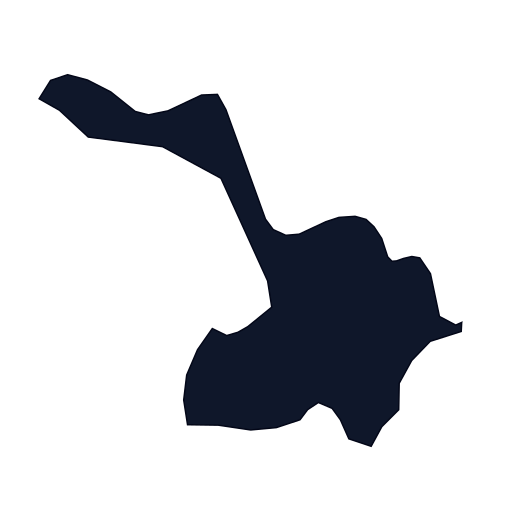 the District of Taraclia, rotated 263°
{"feature_id": "MDA-1625", "entity_name": "Taraclia", "entity_type": "District", "adm_level": 1, "iso_a3": "MDA", "parent_name": "Moldova", "parent_adm1": "", "projection": "robinson", "projection_center": [28.676, 45.978], "detail": "fine", "context": "isolated", "style": "filled", "palette": "ink", "viewbox_px": 512, "rotation_deg": 263, "n_neighbors": 0, "source": "natural_earth", "source_scale": "10m", "svg_char_len": 910}
<svg xmlns="http://www.w3.org/2000/svg" viewBox="0 0 512 512"><g transform="rotate(263 256 256)"><path d="M438.5,59.9L455.3,73.5L458.9,91.1L451.2,110.2L436.5,131.9L414.2,153.7L409.2,166.4L410.8,186.3L422.4,221.6L421.1,237.4L404.9,244.0L291.4,269.9L280.1,276.3L272.9,288.1L272.4,301.5L281.5,329.5L284.2,343.0L283.3,359.2L278.9,369.7L270.6,376.7L258.1,382.9L239.1,386.6L234.2,390.3L234.0,394.9L235.6,402.2L236.5,410.6L234.2,418.3L217.2,427.0L173.6,430.7L163.1,445.8L165.0,452.1L164.7,452.0L156.1,450.5L150.1,418.5L133.3,397.8L112.2,382.6L86.0,378.9L71.3,360.1L53.1,347.1L63.2,325.9L83.2,319.8L95.5,313.0L103.0,300.0L97.2,288.5L88.1,279.7L83.2,255.3L84.0,229.5L92.7,198.0L96.9,167.5L121.9,166.7L146.3,172.7L170.2,186.6L189.3,203.8L180.6,217.2L182.5,228.8L186.9,239.3L203.3,265.4L229.9,264.5L337.4,230.7L375.9,176.6L394.5,104.0L424.6,78.7L438.5,59.9Z" fill="#0f172a" stroke="#020617" stroke-width="1.5"/></g></svg>